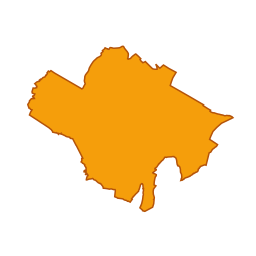 the district of Xochitlán Todos Santos, Puebla, Mexico, rotated 278°
{"feature_id": "50627088B34360163600394", "entity_name": "Xochitlán Todos Santos", "entity_type": "district", "adm_level": 2, "iso_a3": "MEX", "parent_name": "Mexico", "parent_adm1": "Puebla", "projection": "albers", "projection_center": [-97.79, 18.694], "detail": "fine", "context": "isolated", "style": "filled", "palette": "amber", "viewbox_px": 256, "rotation_deg": 278, "n_neighbors": 0, "source": "geoboundaries", "source_scale": "gbopen_adm2", "svg_char_len": 5609}
<svg xmlns="http://www.w3.org/2000/svg" viewBox="0 0 256 256"><g transform="rotate(278 128 128)"><path d="M152.8,230.5L153.7,229.3L153.9,228.6L154.0,228.1L154.4,227.0L154.4,226.7L154.1,226.3L154.3,225.7L154.2,225.2L154.2,224.0L153.7,222.7L153.6,221.9L153.9,220.7L154.0,220.1L154.1,218.7L154.0,218.4L154.2,217.7L154.2,217.1L154.3,216.7L154.4,214.7L155.0,211.3L154.9,210.0L155.1,208.9L155.5,207.7L156.1,206.8L157.1,207.3L158.1,204.7L160.6,199.2L161.5,199.6L167.4,185.2L175.9,163.9L179.7,164.5L183.9,165.4L189.8,167.9L192.7,160.1L195.3,154.4L194.6,153.7L192.4,151.9L191.7,151.2L192.6,149.8L195.1,146.6L192.6,148.0L190.4,148.7L190.1,147.9L190.0,147.2L189.9,145.8L190.0,144.5L190.3,143.8L194.9,137.6L196.2,135.9L195.6,135.2L195.0,134.0L194.7,133.7L195.2,133.0L196.0,131.7L197.5,130.4L198.4,131.0L200.4,128.4L202.3,125.6L202.3,125.1L199.7,122.5L198.4,121.5L197.2,120.8L196.2,118.7L196.5,118.0L197.4,118.2L199.7,118.2L201.1,118.1L202.0,117.8L203.5,116.6L206.6,113.3L207.6,112.7L208.2,112.0L208.2,111.6L208.1,111.2L208.0,110.8L206.8,109.3L206.6,109.0L206.2,108.2L205.8,106.6L205.5,105.2L205.1,103.3L205.0,102.3L205.0,101.8L205.2,101.0L205.2,100.5L205.2,99.6L205.1,99.1L204.9,98.9L204.3,98.6L203.8,98.3L203.4,98.3L203.2,98.1L203.3,96.9L203.6,96.6L203.5,96.3L204.4,93.6L203.7,94.3L201.1,91.9L200.2,92.6L198.3,90.9L197.7,91.4L196.2,91.3L194.9,90.2L193.9,88.7L193.1,87.6L191.8,86.6L189.9,85.0L188.5,84.1L185.1,82.5L181.9,81.3L180.1,81.1L179.1,80.9L177.1,80.0L176.9,79.7L174.6,78.5L173.0,78.1L171.0,78.2L168.6,78.2L167.1,78.8L166.0,79.4L165.6,79.4L162.8,78.3L161.5,78.0L160.3,76.9L172.2,47.6L174.1,43.7L172.7,42.4L173.3,41.2L171.3,40.1L170.8,40.6L168.8,39.7L168.9,39.3L167.0,38.6L166.2,36.9L164.0,35.2L164.2,34.6L163.4,33.9L163.4,34.5L161.9,33.7L161.3,32.0L160.8,31.2L158.9,29.5L158.1,30.7L156.9,31.3L156.7,32.0L155.2,31.9L154.9,31.0L154.7,30.9L154.4,29.4L154.4,28.5L150.6,27.9L149.3,28.3L148.8,30.1L148.7,31.0L147.0,30.5L146.8,30.2L146.6,29.4L145.6,29.2L145.0,30.6L144.2,31.2L143.5,28.2L141.1,26.6L140.1,26.7L139.5,26.5L137.5,25.5L137.0,25.6L133.9,27.2L134.0,27.6L133.8,28.1L132.9,28.8L132.6,30.4L130.1,29.3L127.2,28.6L117.3,49.6L116.4,51.0L115.6,52.4L115.0,52.8L114.8,53.2L114.4,53.5L113.4,54.0L113.1,57.6L113.3,57.7L113.1,58.0L113.0,59.4L112.9,59.4L112.8,59.8L112.2,59.8L112.1,60.0L112.9,60.0L112.8,61.7L112.9,62.0L113.1,62.2L112.9,62.2L112.8,62.5L112.7,62.4L112.6,63.0L112.8,63.1L112.7,63.4L112.3,64.3L112.2,65.0L111.8,65.8L111.8,66.3L111.0,68.0L110.8,69.7L110.8,70.7L110.6,71.8L109.7,72.3L109.7,74.7L103.6,79.0L103.4,79.3L91.8,87.4L91.5,86.6L91.4,86.4L91.1,86.4L90.8,86.4L90.4,86.7L89.8,86.8L89.4,86.8L87.9,86.3L87.7,87.0L86.8,87.9L86.5,89.0L86.1,89.5L85.7,89.8L85.6,90.3L84.9,90.3L84.6,90.4L83.7,91.3L83.3,91.5L83.1,91.9L81.2,92.3L80.3,92.4L80.4,92.1L80.3,91.6L80.0,91.6L80.1,91.4L79.9,91.0L79.6,90.6L78.5,90.5L78.4,91.1L78.8,91.7L78.7,92.3L78.3,92.1L77.5,93.3L76.4,92.3L76.1,92.4L76.0,92.8L76.9,93.7L75.7,95.0L75.0,94.9L74.8,94.4L72.8,94.0L70.9,93.9L70.8,94.4L71.9,96.4L72.4,98.4L73.1,100.1L72.8,100.6L72.2,101.0L71.9,101.9L71.7,103.3L71.1,104.0L69.6,106.3L69.3,107.4L69.0,108.2L69.2,108.3L69.0,108.8L68.4,109.4L67.6,110.2L66.5,111.3L64.9,111.9L65.0,113.4L65.0,115.6L64.9,117.7L64.8,117.9L65.4,119.9L65.0,122.1L65.2,123.8L64.0,124.2L58.1,124.4L57.5,126.8L57.1,127.4L57.1,132.7L56.4,134.0L56.1,135.3L56.1,136.4L55.4,137.7L55.4,138.1L55.6,138.4L54.9,140.5L56.1,141.1L57.9,142.1L58.3,141.4L60.3,142.6L60.9,142.7L61.0,142.8L61.0,143.0L61.5,143.4L62.2,143.8L62.7,144.2L63.7,144.8L65.0,145.9L66.3,146.7L66.6,147.2L67.9,147.3L68.8,147.6L69.6,147.7L70.3,147.9L70.9,147.9L72.3,148.2L73.3,148.2L74.2,148.8L74.3,148.9L74.8,149.2L74.8,149.9L74.1,150.5L73.3,150.8L72.6,150.9L71.5,151.2L71.0,151.3L70.2,151.2L70.3,151.7L70.3,151.8L68.6,151.9L68.1,152.1L66.8,151.9L65.5,152.0L65.0,152.3L64.9,152.4L63.4,152.5L63.0,152.3L61.0,152.4L58.8,152.4L55.3,152.1L52.6,151.5L52.6,151.4L50.6,150.9L48.4,154.1L48.1,154.1L47.8,156.1L47.9,156.4L53.0,163.4L56.5,164.0L60.8,163.8L60.9,163.4L61.9,163.8L62.9,163.7L66.0,162.3L69.0,161.7L70.0,161.8L71.1,161.8L71.9,162.2L74.6,163.7L75.3,161.7L78.5,161.5L81.3,161.6L83.1,161.8L84.4,162.3L84.6,162.6L85.7,162.5L86.2,161.4L86.5,160.4L86.5,159.7L86.8,159.1L87.2,158.8L90.4,161.8L90.9,161.7L91.1,160.3L91.8,160.3L93.5,162.0L95.5,162.9L96.1,163.4L96.5,163.3L97.3,163.9L97.3,164.2L98.0,164.5L98.7,165.0L99.0,165.1L99.4,165.6L100.0,165.8L101.0,166.9L102.3,167.6L104.2,168.6L104.3,169.1L104.2,170.1L104.5,170.5L104.9,171.8L105.4,174.3L105.4,174.7L105.7,175.5L105.8,175.7L106.1,177.2L105.9,177.3L105.9,177.9L104.8,179.7L104.0,180.1L102.6,180.7L100.6,181.2L98.8,181.8L98.7,182.1L98.3,182.1L98.2,182.3L98.0,182.5L97.6,182.5L97.4,182.7L97.4,183.6L97.3,183.9L96.6,184.7L96.2,184.9L94.5,185.6L91.8,186.1L91.2,186.3L90.2,187.1L89.1,187.6L86.4,188.2L85.7,187.9L85.1,188.0L85.0,187.8L84.9,187.8L84.5,188.0L84.2,187.9L84.0,187.7L83.4,187.6L83.7,188.3L83.7,188.7L84.2,189.4L84.6,189.5L84.9,189.9L84.9,190.4L85.0,190.5L85.6,190.6L86.6,191.8L87.4,193.5L87.8,194.2L88.3,195.1L88.8,195.4L88.7,195.8L88.8,196.0L90.0,197.1L90.3,197.6L90.8,198.2L91.5,198.5L91.7,198.8L91.7,199.1L91.8,199.3L92.3,199.3L92.4,199.5L92.4,199.9L93.2,201.0L93.6,201.2L93.9,202.2L94.6,202.9L94.8,203.1L96.1,203.4L96.5,203.4L96.9,203.4L97.0,203.3L97.3,203.5L97.8,204.1L98.0,204.1L98.4,204.1L99.0,204.7L99.5,204.9L99.9,204.9L101.9,208.5L102.2,209.4L102.0,210.5L114.6,211.8L115.3,212.7L115.5,213.2L117.4,214.1L118.4,214.5L119.0,215.0L119.5,215.6L121.2,217.1L121.5,217.5L121.8,217.7L122.0,218.1L123.0,218.6L124.0,219.0L128.1,210.4L131.2,211.1L136.4,212.6L140.9,215.8L145.7,219.9L152.8,230.5Z" fill="#f59e0b" stroke="#b45309" stroke-width="1.5"/></g></svg>